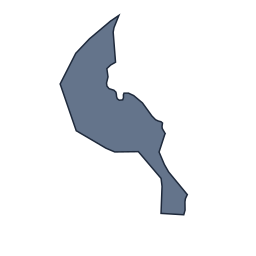 the Region of Arta, rotated 61°
{"feature_id": "DJI-1568", "entity_name": "Arta", "entity_type": "Region", "adm_level": 1, "iso_a3": "DJI", "parent_name": "Djibouti", "parent_adm1": "", "projection": "mercator", "projection_center": [42.782, 11.46], "detail": "fine", "context": "isolated", "style": "filled", "palette": "slate", "viewbox_px": 256, "rotation_deg": 61, "n_neighbors": 0, "source": "natural_earth", "source_scale": "10m", "svg_char_len": 770}
<svg xmlns="http://www.w3.org/2000/svg" viewBox="0 0 256 256"><g transform="rotate(61 128 128)"><path d="M230.9,121.3L218.7,140.5L195.5,126.5L188.1,123.5L153.7,130.4L142.5,151.2L135.1,157.0L105.3,174.6L56.6,166.0L37.3,137.4L31.3,118.4L26.0,91.4L25.1,81.4L33.4,91.6L37.0,94.5L64.4,107.0L64.5,112.7L65.8,117.7L73.6,120.7L78.3,125.0L81.1,126.1L84.4,125.5L88.1,122.0L90.8,121.2L92.8,121.8L95.0,122.8L97.3,123.2L99.5,122.1L100.8,119.0L99.2,117.2L96.8,116.0L95.6,114.6L97.7,110.7L102.4,107.3L113.1,103.2L129.0,101.3L134.1,99.9L136.6,98.1L138.5,96.1L140.4,95.4L143.0,97.4L145.0,98.3L151.0,98.2L151.3,98.8L164.1,112.5L177.6,113.9L186.2,113.8L214.1,108.6L215.0,108.4L217.6,112.0L220.2,114.0L227.5,117.9L230.9,121.3Z" fill="#64748b" stroke="#1e293b" stroke-width="1.5"/></g></svg>